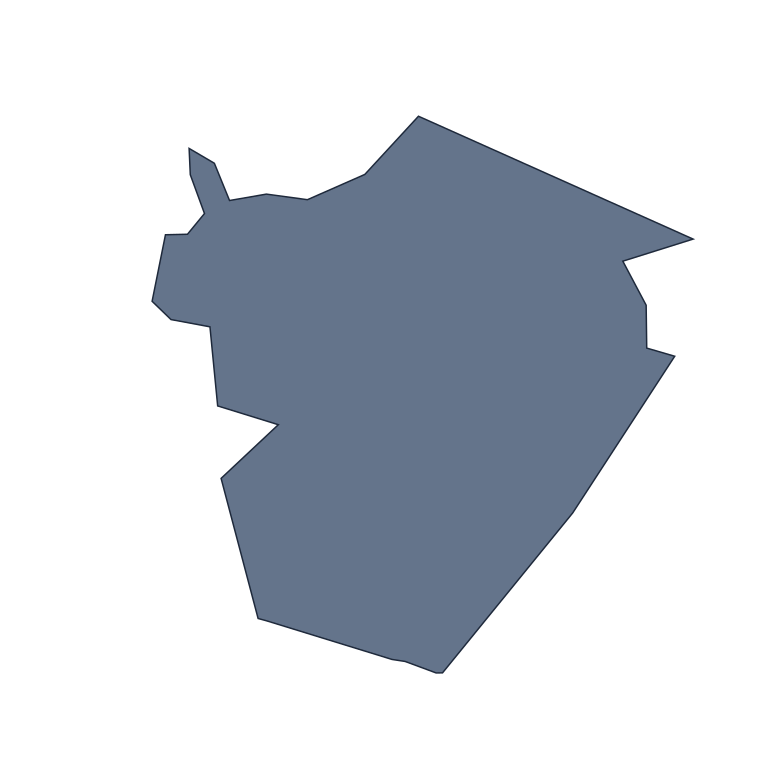 the district of Cumberland, Kentucky, United States of America, rotated 20°
{"feature_id": "52423323B62229431187562", "entity_name": "Cumberland", "entity_type": "district", "adm_level": 2, "iso_a3": "USA", "parent_name": "United States of America", "parent_adm1": "Kentucky", "projection": "robinson", "projection_center": [-85.438, 36.778], "detail": "fine", "context": "isolated", "style": "filled", "palette": "slate", "viewbox_px": 768, "rotation_deg": 20, "n_neighbors": 0, "source": "geoboundaries", "source_scale": "gbopen_adm2", "svg_char_len": 530}
<svg xmlns="http://www.w3.org/2000/svg" viewBox="0 0 768 768"><g transform="rotate(20 384 384)"><path d="M324.8,120.6L294.3,193.6L249.0,237.0L208.5,245.8L176.1,264.4L149.1,234.6L120.3,229.3L130.4,253.6L157.0,285.2L148.1,310.5L127.6,318.5L137.8,385.6L161.8,396.3L200.9,389.8L235.2,461.5L298.6,458.4L263.2,528.4L345.9,647.4L354.5,646.7L485.7,640.1L498.7,637.5L531.8,637.7L537.8,635.4L605.4,440.7L647.7,258.5L618.6,260.4L603.4,220.3L566.4,186.9L624.9,142.1L324.8,120.6Z" fill="#64748b" stroke="#1e293b" stroke-width="1.5"/></g></svg>